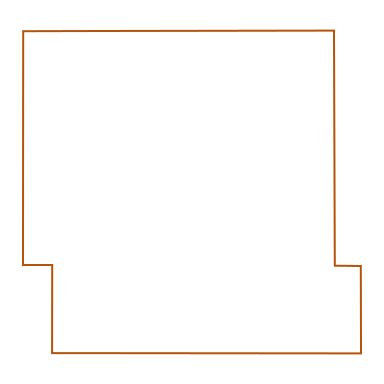 outline of Guthrie, Iowa, United States of America
{"feature_id": "52423323B90698897745067", "entity_name": "Guthrie", "entity_type": "district", "adm_level": 2, "iso_a3": "USA", "parent_name": "United States of America", "parent_adm1": "Iowa", "projection": "orthographic", "projection_center": [-94.519, 41.683], "detail": "fine", "context": "isolated", "style": "outline", "palette": "amber", "viewbox_px": 384, "rotation_deg": 0, "n_neighbors": 0, "source": "geoboundaries", "source_scale": "gbopen_adm2", "svg_char_len": 239}
<svg xmlns="http://www.w3.org/2000/svg" viewBox="0 0 384 384"><path d="M100.9,31.0L23.2,31.2L23.0,265.0L52.2,265.0L52.1,353.1L361.0,353.4L360.8,266.0L334.8,265.7L334.0,30.6L100.9,31.0Z" fill="none" stroke="#b45309" stroke-width="2"/></svg>